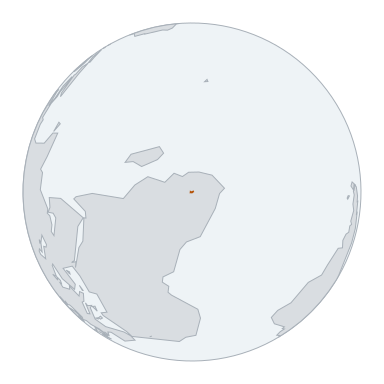 South-East highlighted on a globe, orthographic projection, rotated 230°
{"feature_id": "BWA-2648", "entity_name": "South-East", "entity_type": "District", "adm_level": 1, "iso_a3": "BWA", "parent_name": "Botswana", "parent_adm1": "", "projection": "orthographic", "projection_center": [25.773, -25.011], "detail": "fine", "context": "on_globe", "style": "filled", "palette": "amber", "viewbox_px": 384, "rotation_deg": 230, "n_neighbors": 0, "source": "natural_earth", "source_scale": "10m", "svg_char_len": 4650}
<svg xmlns="http://www.w3.org/2000/svg" viewBox="0 0 384 384"><g transform="rotate(230 192 192)"><circle cx="192" cy="192" r="169" fill="#eef3f6" stroke="#a8b0b8"/><path d="M25.2,164.8L25.2,167.3L27.8,164.9L28.3,169.8L27.7,174.7L29.3,173.4L29.3,176.1L38.1,170.4L44.9,172.1L46.2,181.6L43.5,196.6L48.0,223.0L45.1,237.9L49.0,248.9L54.9,267.8L52.5,271.4L58.0,276.5L60.7,282.9L60.4,286.2L64.6,291.1L64.6,293.4L67.6,294.9L73.9,304.0L79.3,307.5L85.5,314.4L89.0,316.2L89.1,317.1L90.8,319.1L93.0,320.6L90.4,321.2L82.6,316.3L78.4,312.3L78.3,313.0L68.6,303.0L70.8,306.0L59.1,293.7L50.5,281.7L33.8,250.7L32.0,246.3L31.9,246.0L28.1,232.9L25.3,219.5L23.6,205.9L23.0,192.2L23.6,178.5L25.2,164.8ZM96.8,321.1L91.6,321.8L93.6,321.0L89.8,317.0L94.4,317.6L96.8,321.1ZM87.8,310.1L86.4,306.7L87.6,306.9L88.8,309.3L87.8,310.1ZM186.9,23.1L181.3,23.5L179.8,23.8L181.8,23.9L175.8,25.7L170.7,26.4L169.2,25.1L161.7,26.4L163.8,25.5L168.6,24.7L186.9,23.1ZM204.9,23.5L206.5,23.7L206.3,23.6L218.6,25.1L230.7,27.5L242.7,30.8L254.4,35.0L265.7,40.0L276.7,45.8L287.2,52.4L297.2,59.8L306.6,67.8L315.4,76.6L323.5,86.0L331.0,95.9L337.6,106.3L343.5,117.3L348.6,128.6L355.3,148.7L356.4,153.0L356.2,156.1L355.5,152.6L350.2,137.7L351.9,147.3L356.0,161.5L357.5,174.3L355.5,166.9L353.6,155.6L351.7,150.0L350.4,141.1L345.2,125.6L343.0,124.4L341.4,119.3L333.9,105.6L329.8,103.9L324.4,110.2L326.6,123.3L323.4,127.0L312.2,103.7L306.8,90.7L303.0,90.0L291.3,77.3L271.8,70.7L268.8,67.5L265.2,67.8L256.9,63.6L252.2,58.8L247.3,58.2L259.7,71.0L265.0,72.0L269.0,68.8L271.5,73.3L279.5,79.1L271.5,87.3L242.2,92.1L239.0,82.4L215.0,57.7L215.5,55.5L215.4,55.2L215.1,54.8L213.2,58.3L209.0,54.2L222.1,69.6L224.5,76.8L241.7,92.6L240.2,94.0L245.7,97.8L262.7,97.0L262.9,100.2L255.0,114.7L231.1,135.2L234.1,152.7L232.1,168.0L216.9,177.4L217.9,190.3L210.0,194.6L209.3,202.1L202.8,210.2L192.0,218.2L174.0,219.3L173.1,212.1L164.4,199.2L152.5,169.6L157.3,155.6L155.7,145.8L142.7,126.7L145.6,115.2L142.0,111.3L134.7,113.6L130.6,109.2L126.2,110.0L98.4,121.1L89.9,117.4L79.7,102.9L84.7,93.9L85.6,86.2L119.9,53.2L127.3,52.2L154.4,44.6L157.8,44.8L154.6,49.6L175.0,53.5L181.5,49.1L199.9,52.2L212.2,52.6L216.4,44.2L196.4,43.3L192.9,39.5L208.9,36.9L226.4,39.0L225.6,37.7L214.5,33.9L218.5,32.4L210.7,32.6L213.9,34.0L209.0,34.4L205.8,33.2L207.3,32.6L202.1,31.9L196.1,35.8L198.7,37.6L184.9,38.6L188.0,41.9L184.2,43.7L177.7,38.9L178.3,37.1L166.2,33.7L164.3,35.5L175.6,39.1L172.1,39.0L169.6,42.3L168.7,39.7L156.9,36.1L144.4,39.3L128.5,49.9L121.2,52.6L115.1,53.1L120.9,44.8L136.5,39.9L138.8,37.6L135.6,36.3L140.6,35.2L141.3,34.2L147.2,32.8L155.5,29.5L161.5,28.4L164.8,26.4L168.4,25.7L165.4,27.0L166.6,27.5L181.5,26.1L184.4,25.6L185.3,24.6L189.3,24.7L188.3,23.9L196.9,23.7L185.6,23.6L186.4,23.2L191.2,23.0L204.9,23.5ZM108.3,66.5L107.4,68.7L108.3,66.5ZM245.2,46.7L255.5,49.3L250.3,43.7L253.8,44.4L250.7,42.5L249.9,43.4L242.3,38.6L246.5,38.5L244.9,36.9L241.4,36.0L234.9,37.0L245.7,43.5L243.6,44.8L245.2,46.7ZM138.9,32.3L140.9,31.9L138.6,33.1L131.0,35.8L134.2,34.0L138.9,32.3ZM144.3,31.3L144.9,30.0L149.7,28.7L146.9,29.5L150.0,28.8L146.3,30.1L150.2,30.7L148.5,31.8L135.4,35.4L140.6,33.4L138.4,33.7L144.3,31.3ZM161.6,42.8L164.3,42.6L168.4,42.0L166.9,44.3L161.6,42.8ZM153.4,40.2L155.8,39.6L155.7,42.1L153.0,42.4L153.4,40.2ZM157.2,37.4L155.9,39.4L155.0,38.5L157.2,37.4ZM167.6,26.6L170.2,26.1L170.4,26.3L169.0,26.9L167.6,26.6ZM213.0,45.4L209.5,46.8L207.6,45.9L209.2,45.5L213.0,45.4ZM187.0,44.7L192.9,45.7L186.6,45.3L187.0,44.7ZM268.4,272.5L268.6,275.9L266.4,275.2L268.4,272.5ZM260.1,169.6L247.7,196.2L240.0,195.2L239.0,186.4L243.9,169.8L253.1,166.5L257.7,159.8L260.1,169.6ZM357.7,225.0L358.4,221.4L357.9,224.0L357.7,225.0ZM359.1,216.1L358.7,219.3L358.8,217.2L359.1,216.1ZM359.2,214.2L358.0,203.5L357.0,197.5L357.7,195.7L359.2,203.0L359.2,214.2ZM357.5,195.3L355.5,181.8L349.6,152.5L351.8,155.7L357.3,176.9L357.0,178.6L358.3,188.2L357.5,195.3ZM360.9,197.3L360.5,203.2L360.3,196.7L359.9,192.9L359.8,182.4L359.9,179.0L360.3,181.3L360.4,178.5L360.9,197.3ZM327.3,124.9L331.0,134.9L328.9,134.9L327.3,124.9ZM329.0,290.9L330.8,288.3L330.2,282.3L331.7,277.3L335.0,273.6L343.6,256.7L343.4,258.1L348.0,248.2L350.5,249.5L352.4,245.0L347.9,257.1L342.5,268.9L336.1,280.2L329.0,290.9Z" fill="#d9dde1" stroke="#a8b0b8" stroke-width="1"/><path d="M193.1,191.0L192.6,191.1L192.4,191.2L192.3,191.3L192.3,191.5L192.2,191.7L192.2,191.9L192.2,192.0L192.0,192.4L191.8,192.9L191.7,193.3L191.4,193.2L191.7,192.1L191.6,191.7L191.8,191.3L192.2,190.9L192.2,191.0L192.3,191.1L192.5,191.1L192.6,190.9L192.7,190.7L192.9,190.8L193.0,190.9L193.1,191.0L193.1,191.0ZM191.8,192.5L191.7,192.5L191.8,192.7L191.8,192.5Z" fill="#f59e0b" stroke="#b45309" stroke-width="1.5"/></g></svg>